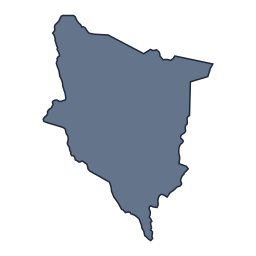 the district of Érico Cardoso, Bahia, Brazil
{"feature_id": "56859067B69191863496369", "entity_name": "Érico Cardoso", "entity_type": "district", "adm_level": 2, "iso_a3": "BRA", "parent_name": "Brazil", "parent_adm1": "Bahia", "projection": "orthographic", "projection_center": [-42.081, -13.425], "detail": "fine", "context": "isolated", "style": "filled", "palette": "slate", "viewbox_px": 256, "rotation_deg": 0, "n_neighbors": 0, "source": "geoboundaries", "source_scale": "gbopen_adm2", "svg_char_len": 2880}
<svg xmlns="http://www.w3.org/2000/svg" viewBox="0 0 256 256"><path d="M73.7,15.5L70.5,15.5L65.2,15.5L63.0,15.4L61.4,16.1L60.3,17.8L59.3,20.2L58.0,22.0L56.8,23.2L55.1,24.9L54.4,27.2L54.9,29.4L54.3,31.1L52.6,33.0L54.0,34.8L54.5,36.4L55.1,38.3L55.0,40.2L55.9,43.0L56.7,45.9L57.6,47.5L57.1,49.4L58.1,51.2L59.0,53.2L59.6,55.8L58.1,56.8L57.0,58.6L57.4,60.3L56.6,61.8L56.4,63.6L56.9,65.1L57.5,67.0L58.2,68.8L59.0,70.9L59.4,73.8L59.8,76.1L60.5,77.6L61.5,79.8L62.6,83.2L62.7,85.8L63.5,88.4L64.2,90.7L65.0,92.8L65.5,95.8L65.8,98.5L64.9,100.3L63.2,100.5L61.4,101.3L59.3,101.4L57.3,100.1L55.1,100.1L53.2,101.0L52.4,102.4L53.1,104.6L52.2,106.3L51.1,108.1L49.2,109.2L47.5,111.5L47.6,113.8L46.6,115.5L44.6,117.0L43.2,119.2L43.8,121.3L46.7,122.5L56.7,125.5L60.9,126.8L63.3,127.6L65.1,128.9L66.4,134.0L67.9,136.0L68.2,139.1L67.9,141.1L67.3,142.9L67.9,145.0L69.1,146.8L69.5,148.9L70.0,150.6L70.7,152.3L70.8,154.1L71.5,155.5L73.7,155.9L74.8,157.7L75.2,159.8L77.5,161.0L78.9,162.1L80.5,161.9L81.8,161.0L83.2,161.5L85.0,163.0L86.6,163.9L87.3,165.4L87.7,167.1L88.0,168.9L89.0,170.3L90.3,171.4L93.4,173.1L99.8,176.6L101.8,177.8L109.4,182.1L110.2,184.1L110.9,186.3L111.3,188.9L111.6,191.4L112.7,194.2L114.0,197.2L115.7,199.4L116.9,201.2L118.1,202.9L119.3,205.2L120.3,206.9L121.5,209.3L123.1,209.9L124.2,211.2L125.5,212.6L127.8,212.0L129.9,212.2L131.1,213.9L133.4,214.7L135.1,215.5L136.8,216.9L138.7,218.3L139.7,220.3L140.4,222.4L141.4,225.0L142.0,228.4L143.4,230.4L144.0,232.1L144.3,233.7L144.8,235.7L146.5,237.0L148.0,238.7L150.7,240.6L152.6,238.6L151.9,236.3L152.3,234.1L152.5,231.8L150.5,229.8L151.6,228.0L150.8,224.9L150.5,222.4L151.9,221.4L150.7,218.9L149.2,217.0L150.0,215.4L150.3,213.4L150.3,211.7L149.7,210.2L149.1,208.6L149.3,206.7L151.1,205.9L152.8,206.8L154.8,207.2L157.0,207.5L158.2,204.8L158.0,202.3L157.8,200.6L158.4,197.7L159.5,195.6L161.0,194.4L163.1,194.7L165.3,195.9L167.1,197.1L168.4,195.2L169.8,193.0L171.3,191.8L172.9,190.8L175.0,189.0L176.6,187.3L178.6,186.4L180.4,185.8L181.6,184.0L181.2,182.3L180.5,180.7L180.8,179.1L181.6,177.1L182.4,175.6L183.8,174.4L184.5,172.5L186.4,170.9L188.2,168.7L186.4,166.4L184.4,165.6L182.8,165.0L179.1,163.7L179.4,160.6L179.7,158.8L179.6,156.6L178.9,153.6L178.7,150.8L179.0,147.5L179.9,145.2L181.1,143.7L182.5,142.8L183.3,141.0L182.0,139.2L180.7,138.1L180.6,136.3L181.6,134.7L184.3,133.0L185.6,131.2L185.3,128.7L185.3,126.9L185.8,125.2L187.1,124.1L187.3,122.3L187.2,120.4L187.0,118.8L187.6,116.9L189.5,115.5L190.4,81.8L194.0,80.7L207.8,76.6L210.4,68.4L212.8,64.0L174.8,56.0L173.2,58.5L170.8,60.4L167.7,59.5L165.4,59.5L163.0,59.7L161.6,57.9L160.1,56.3L159.7,53.6L158.8,51.7L156.6,49.8L154.7,50.3L152.7,50.5L150.5,49.4L143.7,53.7L108.1,35.0L101.0,34.6L94.1,34.2L91.1,33.6L88.7,33.0L87.6,31.5L86.4,29.9L85.3,28.0L83.4,26.8L81.6,26.8L80.8,24.9L78.5,22.8L77.1,20.9L76.1,19.0L75.4,17.1L73.7,15.5Z" fill="#64748b" stroke="#1e293b" stroke-width="1.5"/></svg>